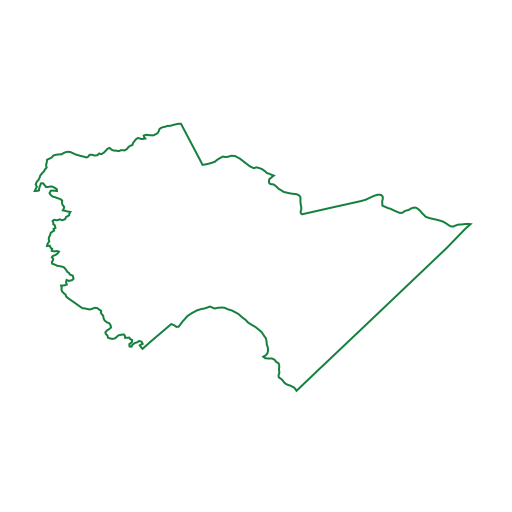 Tremedal, Bahia, Brazil (Equal Earth projection), rotated 266°
{"feature_id": "56859067B30570049489209", "entity_name": "Tremedal", "entity_type": "district", "adm_level": 2, "iso_a3": "BRA", "parent_name": "Brazil", "parent_adm1": "Bahia", "projection": "equal_earth", "projection_center": [-41.451, -15.093], "detail": "fine", "context": "isolated", "style": "outline", "palette": "green", "viewbox_px": 512, "rotation_deg": 266, "n_neighbors": 0, "source": "geoboundaries", "source_scale": "gbopen_adm2", "svg_char_len": 4833}
<svg xmlns="http://www.w3.org/2000/svg" viewBox="0 0 512 512"><g transform="rotate(266 256 256)"><path d="M366.6,54.3L363.6,53.7L361.4,52.9L358.8,53.3L357.0,51.4L355.3,50.5L353.5,48.4L351.3,46.4L349.3,45.6L347.3,44.5L345.2,42.4L342.8,41.2L340.5,42.2L338.5,41.1L336.3,39.8L336.2,42.1L336.6,44.1L338.1,44.3L340.1,45.0L341.6,45.8L343.4,46.5L343.5,48.5L341.6,50.0L339.5,51.3L339.4,53.6L339.7,56.6L339.0,58.5L337.8,60.3L336.5,62.0L334.7,61.9L335.2,59.5L335.5,55.9L333.1,54.4L331.3,55.4L329.5,57.2L328.6,59.8L327.6,61.9L326.5,64.6L324.9,66.5L322.6,66.2L320.6,66.5L318.3,68.1L316.4,67.4L315.0,66.5L314.4,68.7L313.5,71.3L312.9,73.9L311.5,72.9L309.6,72.4L308.1,69.2L306.1,68.2L305.2,65.4L306.2,62.7L305.5,60.0L306.2,57.2L305.1,55.5L303.3,56.1L301.8,56.0L300.7,57.4L298.0,57.9L297.1,55.9L295.4,56.4L294.5,54.6L293.5,52.9L291.3,52.1L289.3,50.9L287.6,50.4L285.0,50.8L282.7,48.9L280.5,48.2L280.7,50.9L278.5,51.7L277.4,53.2L275.5,52.5L274.7,54.7L274.8,57.9L274.1,59.7L272.4,58.3L271.1,56.2L270.2,53.4L268.9,52.2L267.3,53.5L265.9,53.2L264.3,51.9L262.5,52.2L261.3,55.0L260.1,57.0L259.6,59.2L259.0,61.4L258.3,63.4L256.6,64.8L254.8,66.0L253.4,66.6L252.2,68.2L250.5,69.0L249.2,71.8L247.7,72.1L246.0,72.4L244.7,70.8L244.2,67.6L245.3,65.4L243.2,64.7L240.7,65.2L240.0,62.4L240.1,59.5L238.0,60.0L236.4,59.6L234.3,60.0L232.2,61.7L230.8,63.3L228.8,63.8L227.1,65.5L216.0,79.2L215.7,81.3L214.9,84.1L214.2,86.7L214.9,89.2L215.6,91.7L215.0,94.2L213.3,96.0L212.2,97.7L210.1,97.3L208.6,98.2L207.0,99.4L204.4,99.6L202.2,100.5L200.4,102.4L199.1,105.0L196.8,106.2L194.7,106.3L193.4,104.5L192.2,102.2L190.3,100.4L188.5,100.8L187.2,102.2L184.8,102.7L183.9,104.9L183.3,106.8L183.7,109.7L185.1,111.5L186.4,113.2L186.9,116.3L186.9,118.8L185.3,119.7L183.5,119.7L183.4,124.0L181.9,124.6L180.9,126.6L178.6,126.1L176.9,123.5L174.6,123.5L174.2,125.5L175.6,126.1L176.7,127.5L177.7,129.1L178.2,131.5L179.4,133.4L178.5,135.8L176.3,136.8L175.0,133.8L172.8,135.1L171.3,136.3L178.6,145.8L194.0,166.7L192.6,169.6L190.8,171.7L190.9,173.9L192.3,175.2L194.3,176.9L196.4,178.7L197.9,180.5L199.8,182.2L201.1,183.7L202.2,185.8L203.7,188.4L205.0,191.5L205.9,193.4L206.4,195.7L206.9,197.6L207.2,200.6L207.9,203.6L208.8,206.5L207.8,208.5L206.5,211.1L207.0,214.2L207.0,217.1L206.9,219.1L206.4,221.4L205.3,223.3L204.4,225.1L203.5,227.8L201.3,231.4L199.5,234.3L195.6,238.1L193.1,241.1L190.3,243.3L188.4,245.8L185.2,250.5L181.9,254.1L179.6,256.4L176.7,258.0L174.9,259.0L173.1,260.2L170.4,260.5L166.9,260.6L164.3,261.3L162.1,261.5L159.9,261.2L158.2,260.6L156.4,259.1L155.0,256.2L153.4,258.0L152.8,261.7L152.7,264.7L151.2,267.3L148.9,268.8L147.4,271.0L145.4,271.5L143.3,271.4L141.5,271.0L139.6,271.1L137.6,271.1L135.7,270.2L133.4,270.2L132.0,272.0L130.7,273.4L129.2,274.4L127.7,275.4L126.1,277.2L125.0,279.2L124.4,281.1L123.2,282.9L122.4,284.5L120.9,285.8L118.7,287.0L132.7,303.9L139.3,311.8L143.0,316.4L148.1,322.6L151.1,326.2L173.5,353.4L237.3,430.6L250.7,446.8L253.4,449.8L268.6,466.8L272.8,472.2L273.2,470.2L273.3,466.4L273.1,463.8L273.2,459.9L272.4,457.0L271.6,454.7L272.1,452.0L274.0,449.5L275.7,447.3L277.4,444.7L278.9,440.8L279.8,438.1L280.6,435.3L281.7,431.7L283.2,428.1L285.2,426.4L287.7,424.2L289.4,423.1L291.6,421.0L293.1,418.8L293.2,416.4L292.6,414.0L291.3,411.5L290.6,407.8L288.9,405.1L289.0,402.2L291.0,398.3L292.2,396.1L293.8,393.3L294.4,391.4L295.7,388.9L297.4,385.6L301.9,385.7L304.2,386.5L306.6,386.5L308.2,385.0L308.7,382.1L307.9,378.3L304.5,369.3L303.6,365.3L299.4,337.4L294.4,304.9L295.5,303.7L297.2,303.6L299.0,304.3L301.5,304.6L303.4,304.3L306.1,304.1L308.5,304.2L310.8,304.4L312.3,304.2L314.0,302.5L315.0,300.1L315.4,297.6L315.9,295.0L316.7,292.3L317.5,289.6L318.2,287.7L319.6,286.0L321.3,283.4L323.5,281.5L325.2,279.7L326.3,278.2L326.7,275.4L328.0,274.2L329.8,274.2L331.7,274.6L335.0,279.3L335.8,277.4L337.1,275.0L338.0,272.7L339.9,270.9L342.3,268.0L343.4,265.5L344.4,262.7L343.8,259.8L345.9,256.1L354.6,246.3L355.6,244.5L357.2,242.1L357.7,238.3L357.0,235.2L356.8,232.9L357.5,229.9L355.6,225.6L354.2,223.2L353.0,221.8L352.0,218.3L351.3,214.9L350.8,211.4L350.7,209.0L356.3,206.6L393.1,190.4L393.3,187.4L392.9,184.8L392.3,181.6L391.8,179.4L392.0,176.9L391.4,174.9L391.0,172.1L390.3,170.0L389.3,168.5L387.5,167.8L385.7,166.7L384.8,165.2L383.5,162.1L383.8,159.2L384.2,156.7L384.6,154.7L383.9,152.4L382.2,152.8L380.9,153.7L380.6,150.2L382.0,146.4L380.7,144.2L378.8,142.5L377.0,141.0L375.3,140.5L374.8,138.4L373.7,136.5L371.9,134.9L370.5,132.4L371.0,128.9L370.2,126.4L370.8,124.1L371.1,121.4L372.2,119.2L374.0,117.6L373.4,115.4L371.7,113.7L369.6,111.3L368.4,108.9L369.2,106.7L367.6,104.9L367.5,102.0L368.5,99.2L368.5,97.0L366.9,95.7L366.1,93.8L367.2,90.9L368.2,87.7L369.0,85.4L369.8,83.4L371.1,80.9L372.6,78.2L373.1,75.5L372.8,73.2L372.1,71.2L371.0,69.2L371.1,66.2L370.9,63.5L370.4,60.9L368.6,59.2L367.5,56.7L366.6,54.3Z" fill="none" stroke="#15803d" stroke-width="2"/></g></svg>